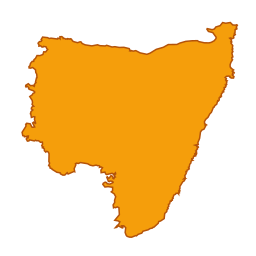 Gunung Kidul, Yogyakarta, Indonesia (Natural Earth projection), rotated 272°
{"feature_id": "22746128B54859500646728", "entity_name": "Gunung Kidul", "entity_type": "district", "adm_level": 2, "iso_a3": "IDN", "parent_name": "Indonesia", "parent_adm1": "Yogyakarta", "projection": "natural_earth1", "projection_center": [110.599, -7.993], "detail": "fine", "context": "isolated", "style": "filled", "palette": "amber", "viewbox_px": 256, "rotation_deg": 272, "n_neighbors": 0, "source": "geoboundaries", "source_scale": "gbopen_adm2", "svg_char_len": 5796}
<svg xmlns="http://www.w3.org/2000/svg" viewBox="0 0 256 256"><g transform="rotate(272 128 128)"><path d="M23.4,145.4L25.4,146.6L27.0,151.8L28.2,153.4L28.9,156.0L29.6,156.4L29.8,157.4L33.8,161.5L35.6,162.0L36.2,163.8L38.7,167.3L43.9,167.7L45.8,169.6L47.9,169.9L48.8,170.9L49.9,170.4L51.2,171.5L53.1,171.1L53.6,172.2L56.4,172.8L56.3,173.7L57.2,173.8L57.4,174.8L58.4,174.7L59.3,175.5L59.8,175.0L60.5,175.6L62.4,176.0L63.5,177.8L64.4,178.3L64.4,180.5L64.0,180.8L64.9,180.7L65.0,181.5L65.8,181.2L66.1,181.8L66.9,181.0L67.5,182.0L68.7,181.5L69.7,182.1L71.2,181.8L76.2,184.6L76.9,185.8L78.4,186.7L78.8,186.3L79.2,186.8L79.1,185.5L80.5,186.9L82.3,186.4L84.5,187.7L86.4,187.5L86.4,188.3L87.9,188.5L88.8,190.2L89.8,190.0L89.8,190.4L90.9,189.9L91.2,190.6L93.8,190.9L95.3,192.1L96.7,192.1L97.8,192.9L97.9,193.6L98.8,192.2L98.6,193.3L99.6,192.9L99.8,194.1L101.8,194.5L102.3,196.0L102.9,195.4L103.3,196.1L103.9,195.9L103.5,196.6L104.5,196.4L104.3,197.3L105.1,197.5L105.2,196.8L105.7,196.6L106.5,197.3L107.4,196.5L107.8,197.2L108.8,197.3L109.4,198.1L110.1,197.9L111.3,199.0L111.9,198.6L112.2,199.1L111.9,197.5L112.6,197.5L113.2,195.7L114.1,198.8L115.7,198.3L120.1,199.9L126.6,200.6L128.6,202.0L129.5,204.0L133.1,205.7L133.5,205.1L133.9,206.2L135.1,204.4L137.1,204.2L139.3,205.3L141.5,207.6L144.9,209.2L146.6,210.8L151.6,212.6L151.7,213.2L153.5,214.1L154.8,215.8L158.4,216.7L158.1,217.4L159.2,218.2L161.2,218.0L161.9,219.3L162.4,219.1L162.7,220.0L163.2,219.5L163.9,220.2L165.5,220.1L166.7,221.4L167.3,221.2L167.6,222.4L168.7,221.9L170.0,223.1L171.5,222.6L172.0,222.9L172.0,223.9L173.0,224.4L174.3,224.0L174.1,224.5L175.1,225.2L176.1,224.7L177.5,225.2L178.5,224.5L178.8,225.2L179.6,223.9L180.8,224.6L181.9,223.3L183.1,224.6L183.4,226.8L183.2,228.1L182.2,228.1L181.5,229.6L181.6,231.7L183.1,232.1L184.3,230.6L184.9,231.1L185.2,230.4L186.8,230.8L186.7,231.6L187.5,231.1L187.6,231.5L188.5,230.2L189.7,231.5L191.5,228.7L192.0,228.7L192.5,228.0L194.7,227.8L197.1,228.5L199.9,230.1L200.5,229.5L202.1,229.3L202.7,230.3L206.4,229.2L207.7,230.0L207.8,229.6L208.5,229.9L210.3,229.3L210.7,230.0L211.7,229.5L214.0,229.8L216.5,227.9L217.5,228.7L218.1,227.9L218.5,228.4L219.9,228.1L221.3,226.5L221.6,227.3L221.0,229.4L221.8,230.6L223.4,230.3L224.6,230.7L224.5,231.4L225.3,232.0L226.4,231.0L227.0,231.6L230.0,231.6L230.6,232.9L231.2,232.7L231.2,233.3L232.9,232.8L234.5,233.7L235.0,233.1L234.5,231.6L234.7,229.0L237.0,226.6L236.1,222.0L236.7,218.9L233.5,216.5L232.0,212.2L230.0,210.9L229.2,208.7L230.1,203.7L229.5,203.4L227.3,205.0L226.3,209.4L221.8,212.9L220.4,212.8L218.2,211.1L216.5,208.2L215.9,206.0L215.8,201.4L216.8,195.8L217.7,194.3L217.4,188.9L216.6,182.7L214.7,176.9L213.2,174.0L212.8,165.3L209.9,160.5L207.6,153.5L203.6,147.5L202.3,144.3L203.5,137.5L205.6,133.1L205.0,130.5L205.5,128.5L205.0,128.1L205.2,127.0L205.8,127.3L207.4,126.4L208.5,121.1L208.2,116.4L208.8,112.1L208.4,109.2L209.9,103.8L209.2,102.3L209.3,97.0L210.1,94.7L208.8,89.0L209.6,82.3L210.9,79.1L212.2,78.3L212.5,77.2L211.5,74.6L212.3,71.1L213.0,69.6L214.9,68.3L215.2,67.4L214.7,66.9L215.2,65.8L214.7,64.7L215.2,64.4L214.6,62.7L215.3,61.6L215.2,60.1L216.1,60.0L217.0,58.7L216.9,56.8L214.8,57.0L215.3,56.4L215.0,55.7L215.4,54.9L214.5,54.4L215.1,47.9L214.7,46.1L215.5,44.5L215.9,39.5L213.4,38.1L212.6,38.8L211.5,38.1L211.3,36.6L210.1,35.4L209.2,35.2L208.1,36.1L206.7,36.1L207.1,37.9L206.0,39.0L205.9,40.2L206.6,40.7L206.3,43.2L204.5,44.1L203.8,45.0L201.2,43.1L201.2,41.1L198.5,40.4L197.3,37.6L197.2,34.5L194.3,33.1L193.1,31.7L191.3,31.4L191.3,30.0L189.2,28.3L186.6,27.7L186.0,26.9L184.6,27.0L184.4,28.5L185.1,30.6L183.0,33.5L180.3,33.9L178.6,34.9L175.1,35.3L174.9,34.8L170.5,33.9L170.1,34.4L168.1,32.7L167.3,33.1L166.3,32.8L167.2,31.2L166.9,29.1L168.8,26.8L167.2,24.4L166.2,24.2L165.4,24.7L166.1,25.4L166.1,26.0L164.5,27.6L164.0,27.3L163.3,27.8L161.9,32.2L160.8,33.5L160.0,33.4L159.3,31.9L157.8,31.1L156.0,28.7L152.2,31.3L150.1,31.7L148.2,31.3L146.5,32.9L146.4,32.0L145.0,30.9L143.7,30.7L142.7,32.2L141.0,30.5L139.1,30.2L139.0,29.4L138.8,30.3L135.2,31.1L136.1,33.5L135.8,34.5L133.4,34.2L129.6,35.5L129.3,35.2L130.6,33.6L129.7,32.5L125.8,34.7L125.4,32.7L125.6,31.9L128.8,30.1L129.2,26.6L128.4,25.9L128.1,26.8L128.0,25.8L126.1,25.9L120.0,22.3L116.7,23.1L116.5,24.5L115.6,24.8L116.0,26.5L115.6,27.4L116.4,27.6L116.5,28.7L114.7,28.5L114.4,27.3L113.5,26.7L111.4,27.9L111.6,29.4L112.7,30.1L111.8,34.8L112.6,36.1L112.1,36.7L112.2,39.0L110.7,41.0L110.9,42.9L108.8,43.2L107.6,42.4L106.8,42.8L106.6,43.5L106.5,42.9L105.4,43.1L105.9,44.1L104.8,44.1L104.2,45.1L102.4,45.2L101.0,46.7L101.8,47.3L101.8,48.0L101.1,49.2L99.6,50.0L91.6,50.1L90.2,50.9L87.6,50.0L87.2,51.1L85.2,51.6L84.8,53.2L84.1,53.5L81.3,58.4L80.8,61.8L79.8,62.1L78.6,64.6L78.8,66.5L81.2,68.8L79.9,69.7L82.6,75.4L82.4,76.3L85.4,75.6L89.4,77.2L90.4,76.7L91.1,77.7L90.8,79.6L91.8,81.7L90.9,88.8L89.5,91.6L89.0,94.3L89.8,97.4L89.2,99.3L89.4,100.3L88.7,101.2L87.7,100.9L88.1,102.5L87.4,103.9L84.9,102.4L82.4,102.7L83.1,106.5L81.3,107.3L80.7,108.3L82.2,113.6L81.8,114.7L80.8,115.0L82.8,117.0L81.7,117.3L80.9,116.4L79.3,116.3L78.6,117.0L78.3,116.3L76.8,115.6L77.2,114.7L78.6,114.6L79.9,112.7L77.4,111.1L77.2,110.1L78.5,109.1L78.1,108.5L74.1,110.2L73.7,111.1L74.4,111.9L74.2,114.0L73.6,114.9L73.0,115.0L71.3,111.9L71.6,109.1L72.6,108.5L73.1,107.1L71.9,105.2L70.8,104.8L68.2,107.0L68.7,110.1L68.2,114.7L64.8,114.8L63.6,113.5L61.7,116.5L58.9,118.1L55.3,117.1L53.1,117.3L50.6,115.8L47.8,116.3L48.3,117.0L47.9,118.3L48.8,120.0L48.0,121.7L41.1,122.4L35.3,118.0L34.8,121.4L34.0,123.1L31.2,122.0L30.4,120.8L28.0,118.9L28.3,120.2L29.9,121.7L27.9,125.8L28.2,126.4L28.8,126.3L30.0,125.2L30.1,127.2L28.3,129.2L23.5,128.8L20.8,129.9L19.7,130.9L19.0,133.3L19.0,135.5L20.7,139.3L20.5,140.2L22.1,141.9L23.4,145.4ZM187.4,232.4L187.2,231.7L186.9,231.9L187.4,232.4Z" fill="#f59e0b" stroke="#b45309" stroke-width="1.5"/></g></svg>